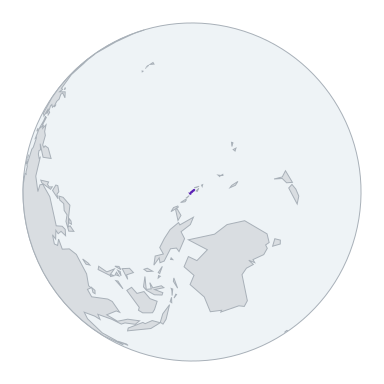 Isabel highlighted on a globe, orthographic projection, rotated 285°
{"feature_id": "SLB-1264", "entity_name": "Isabel", "entity_type": "Province", "adm_level": 1, "iso_a3": "SLB", "parent_name": "Solomon Islands", "parent_adm1": "", "projection": "orthographic", "projection_center": [158.985, -7.976], "detail": "fine", "context": "on_globe", "style": "filled", "palette": "violet", "viewbox_px": 384, "rotation_deg": 285, "n_neighbors": 0, "source": "natural_earth", "source_scale": "10m", "svg_char_len": 6902}
<svg xmlns="http://www.w3.org/2000/svg" viewBox="0 0 384 384"><g transform="rotate(285 192 192)"><circle cx="192" cy="192" r="169" fill="#eef3f6" stroke="#a8b0b8"/><path d="M250.2,217.3L250.3,218.6L250.1,218.7L250.2,217.3ZM336.2,104.0L332.8,98.6L329.1,93.7L317.3,79.6L301.5,63.6L304.7,66.2L300.5,62.6L296.2,59.3L294.4,58.1L274.1,45.1L258.4,39.1L257.7,40.5L254.5,38.1L255.9,43.6L250.1,44.9L254.1,41.6L252.6,40.0L247.3,39.6L244.6,37.9L240.5,37.0L237.7,35.2L240.2,34.0L238.5,33.0L234.9,32.9L229.8,31.4L235.4,31.7L227.1,29.3L229.8,28.1L246.9,32.3L246.5,32.1L258.7,36.8L270.5,42.4L281.8,48.9L292.5,56.2L302.7,64.4L312.2,73.3L321.0,82.9L329.0,93.2L336.2,104.0ZM305.7,122.2L304.4,118.5L307.0,120.8L305.7,122.2ZM302.4,116.4L303.1,117.6L302.2,116.6L302.4,116.4ZM300.9,115.7L302.0,116.2L300.9,116.0L300.9,115.7ZM299.1,115.2L300.1,115.3L299.1,115.2ZM296.0,113.4L295.2,112.8L296.0,112.5L296.0,113.4ZM294.0,58.0L296.4,59.5L301.3,63.3L299.6,62.2L294.0,58.0ZM284.3,51.7L284.6,51.6L289.3,54.9L287.6,53.9L284.3,51.7ZM257.8,42.2L260.2,42.5L258.8,42.9L257.8,42.2ZM240.4,37.2L240.6,37.8L238.4,37.1L240.4,37.2ZM232.1,33.9L228.5,32.9L232.6,33.6L232.1,33.9ZM226.7,32.1L218.0,30.2L217.6,31.1L213.8,28.0L222.4,30.3L227.5,31.0L225.5,31.2L226.7,32.1ZM213.0,26.8L211.3,26.4L213.6,26.6L213.0,26.8ZM162.7,25.6L162.9,25.7L156.9,26.9L166.7,25.9L166.2,27.2L168.3,26.5L174.4,26.3L174.7,25.8L176.2,25.6L192.0,26.2L194.0,27.1L203.3,27.7L204.4,27.6L203.4,26.8L213.8,28.0L217.6,31.1L214.9,31.3L219.2,33.6L212.4,34.0L208.7,35.7L198.7,35.6L196.7,37.4L198.6,38.2L197.3,41.7L187.9,47.2L187.0,39.2L199.4,32.8L193.6,34.8L192.4,33.5L188.8,33.8L184.9,35.7L186.0,36.4L166.9,37.0L152.5,43.0L159.7,43.3L160.7,46.0L150.6,55.9L124.2,69.6L125.3,75.5L123.1,79.2L117.1,81.2L120.1,75.7L117.1,73.5L119.8,70.4L111.2,72.5L114.6,68.3L106.2,72.5L105.6,76.0L112.0,75.3L103.2,81.5L105.3,88.2L101.8,96.4L85.6,111.4L74.7,116.4L73.3,119.3L70.9,116.2L64.8,122.2L66.8,138.4L65.6,143.3L57.1,153.3L57.5,149.6L51.3,141.4L47.9,153.5L52.5,162.8L54.0,174.7L49.5,171.4L48.2,161.1L46.1,157.9L48.3,147.4L49.5,132.7L45.1,136.2L46.9,130.2L48.0,119.0L42.5,123.9L32.7,141.7L28.8,157.6L26.5,165.4L30.1,144.1L35.0,129.7L34.8,130.2L39.7,118.9L45.4,108.0L51.9,97.5L59.2,87.5L67.2,78.1L75.8,69.3L85.1,61.2L94.9,53.7L105.2,47.0L116.0,41.1L127.2,35.9L138.8,31.6L150.6,28.2L162.7,25.6ZM80.3,317.6L82.8,319.3L82.9,319.8L80.3,317.6ZM84.9,202.1L89.1,202.8L89.0,203.6L84.9,202.1ZM80.4,199.3L85.0,199.5L79.8,201.1L80.4,199.3ZM86.8,199.6L91.5,198.1L93.5,196.8L93.3,198.5L86.8,199.6ZM77.4,199.5L62.4,199.9L56.9,198.2L57.9,195.1L66.8,195.3L77.4,199.5ZM57.5,195.1L49.5,187.6L41.2,165.7L44.1,165.6L53.3,178.3L52.7,180.8L57.5,186.8L57.5,195.1ZM78.1,179.0L77.4,186.6L68.8,186.2L65.1,185.1L62.5,175.7L63.9,170.9L66.9,170.9L80.1,154.5L84.3,158.3L79.8,165.1L83.4,171.4L78.1,179.0ZM28.7,159.0L28.2,168.0L27.3,170.0L28.7,159.0ZM86.8,143.5L80.6,150.4L86.7,141.3L86.8,143.5ZM91.3,135.1L91.0,138.5L89.3,135.2L91.3,135.1ZM71.9,123.7L68.7,124.7L69.3,122.4L73.7,119.9L71.9,123.7ZM99.0,103.7L96.5,110.1L95.0,112.3L94.8,108.4L99.0,103.7ZM220.9,284.4L225.2,286.6L221.7,291.5L215.7,296.2L207.6,296.7L220.9,284.4ZM164.6,290.7L160.5,283.9L168.3,284.1L168.4,289.8L164.6,290.7ZM225.4,281.0L228.4,275.7L225.8,267.9L229.9,275.3L236.7,276.8L227.3,286.5L225.4,281.0ZM125.1,261.7L101.3,273.6L95.0,272.1L94.2,266.7L83.5,250.9L85.4,251.2L81.1,240.7L93.8,231.0L102.1,214.1L112.0,215.5L117.7,203.7L128.7,205.2L127.0,214.5L140.2,221.8L144.9,200.9L157.1,224.7L169.6,234.3L177.9,250.3L171.0,275.3L163.2,279.6L159.9,276.8L157.1,279.3L150.1,277.5L142.5,268.4L140.0,270.9L140.8,264.5L137.9,270.0L132.5,264.3L125.1,261.7ZM206.0,227.6L208.6,228.6L214.1,233.6L209.7,232.2L206.0,227.6ZM243.7,220.8L245.8,223.1L242.7,223.0L243.7,220.8ZM250.1,218.7L246.3,218.8L250.2,217.3L250.1,218.7ZM215.3,215.5L217.0,217.2L216.0,217.6L215.3,215.5ZM214.1,214.8L215.1,212.7L215.4,215.1L214.1,214.8ZM199.9,200.4L201.1,199.4L201.9,200.4L199.9,200.4ZM95.4,203.0L100.9,197.1L104.3,196.7L95.4,203.0ZM197.4,197.6L193.9,196.9L194.1,195.7L197.4,197.6ZM197.3,194.8L196.7,193.0L199.4,197.4L197.3,194.8ZM190.2,190.1L194.7,193.7L189.7,190.4L190.2,190.1ZM187.8,190.2L184.7,188.5L184.8,188.0L187.8,190.2ZM157.1,188.8L168.0,199.9L160.1,198.8L150.8,191.7L145.0,196.9L131.1,194.9L133.8,191.5L131.6,185.9L118.1,183.0L115.4,179.4L119.9,177.3L111.5,174.1L120.6,173.0L124.7,180.4L130.0,175.2L139.9,177.3L150.1,180.6L159.0,186.9L157.1,188.8ZM121.3,188.8L123.0,188.9L121.7,191.0L121.3,188.8ZM178.9,183.7L183.3,187.8L182.9,188.6L180.8,187.8L178.9,183.7ZM160.9,185.8L170.2,181.0L172.5,181.4L166.5,187.4L160.9,185.8ZM167.6,176.8L172.2,178.2L174.8,181.9L173.9,182.7L167.6,176.8ZM102.6,181.3L102.4,183.2L100.1,181.6L102.6,181.3ZM105.5,180.2L112.5,182.6L104.9,181.9L105.5,180.2ZM86.1,173.0L87.9,177.7L93.5,174.7L89.3,179.0L93.5,186.7L92.3,189.6L88.1,181.2L87.2,189.9L84.7,189.7L83.0,182.3L85.3,173.4L87.8,169.7L98.2,168.4L86.1,173.0ZM105.3,174.5L103.5,169.1L104.9,165.6L106.8,168.5L105.3,174.5ZM99.0,156.3L95.1,150.3L91.0,152.5L99.9,144.4L102.1,151.4L99.0,156.3ZM96.6,143.2L92.7,145.2L97.2,140.5L96.6,143.2ZM92.0,143.3L92.3,139.2L95.0,139.8L92.0,143.3ZM98.6,143.5L100.4,136.7L101.2,140.7L98.6,143.5ZM92.8,130.4L97.6,136.9L90.2,134.1L92.8,121.4L96.1,121.1L92.8,130.4ZM129.7,83.9L130.5,80.8L134.4,80.4L132.7,82.6L129.7,83.9ZM147.6,77.5L135.6,79.3L126.2,81.5L127.8,83.0L123.4,88.1L122.3,83.1L130.9,77.9L137.6,77.2L141.1,73.3L147.6,71.1L150.0,66.4L153.6,64.6L153.5,68.9L147.6,77.5ZM150.8,64.4L157.4,56.9L163.5,58.7L163.4,60.7L157.8,63.3L154.9,62.1L150.8,64.4ZM160.8,55.7L158.0,54.7L162.0,44.5L164.3,42.9L164.6,50.9L162.0,50.4L159.9,52.8L160.8,55.7ZM210.5,26.5L211.2,26.4L211.9,26.8L210.5,26.5ZM176.2,25.3L178.3,25.0L179.1,25.3L176.2,25.3ZM184.7,24.5L182.4,24.4L185.8,24.3L184.7,24.5ZM177.0,24.4L181.9,24.3L175.9,24.6L177.0,24.4Z" fill="#d9dde1" stroke="#a8b0b8" stroke-width="1"/><path d="M194.6,193.6L194.4,193.7L194.2,193.4L194.0,193.2L193.9,193.1L193.6,193.1L193.4,192.9L193.2,192.8L193.0,192.7L192.9,192.7L192.7,192.6L192.4,192.4L192.2,192.4L192.0,192.2L191.9,192.2L191.6,192.0L191.6,191.9L191.4,191.8L191.4,191.7L191.2,191.6L190.9,191.4L190.8,191.2L190.6,190.9L190.4,190.8L190.4,190.7L190.5,190.7L190.8,190.8L191.0,190.8L191.3,190.9L191.4,191.0L191.5,191.1L191.6,191.3L191.8,191.3L192.0,191.5L192.3,191.7L192.3,191.8L192.5,191.8L192.8,191.9L192.8,192.0L192.8,191.9L192.9,192.0L193.0,192.0L193.3,192.1L193.5,192.3L193.9,192.6L194.5,193.0L194.4,193.2L194.3,193.3L194.5,193.4L194.5,193.5L194.6,193.6ZM194.1,193.6L193.9,193.6L193.7,193.5L193.6,193.4L193.7,193.2L193.8,193.2L193.9,193.3L193.9,193.5L194.0,193.5L194.1,193.6ZM190.5,190.9L190.6,191.0L190.4,191.0L190.3,190.9L190.4,191.0L190.2,191.0L190.2,190.9L190.3,190.8L190.5,190.9L190.5,190.9ZM190.2,190.7L189.9,190.6L190.0,190.5L190.3,190.6L190.4,190.8L190.2,190.8L190.2,190.7ZM189.9,190.3L189.9,190.5L189.9,190.4L189.8,190.5L189.8,190.4L189.7,190.4L189.8,190.4L189.9,190.3Z" fill="#8b5cf6" stroke="#5b21b6" stroke-width="1.5"/></g></svg>